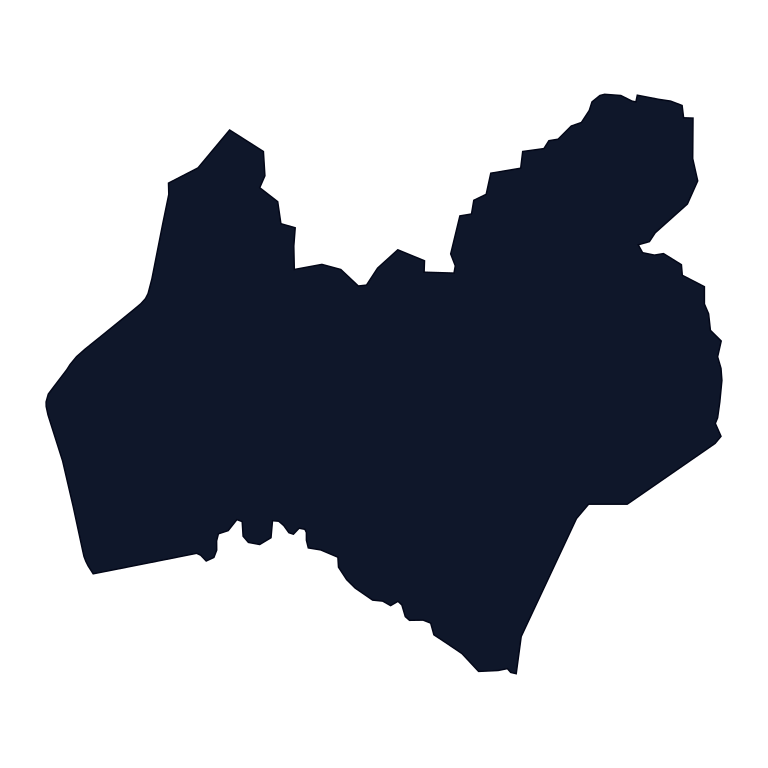 Dolores, Soriano, Uruguay
{"feature_id": "84410073B84851743743013", "entity_name": "Dolores", "entity_type": "district", "adm_level": 2, "iso_a3": "URY", "parent_name": "Uruguay", "parent_adm1": "Soriano", "projection": "robinson", "projection_center": [-58.32, -33.574], "detail": "fine", "context": "isolated", "style": "filled", "palette": "ink", "viewbox_px": 768, "rotation_deg": 0, "n_neighbors": 0, "source": "geoboundaries", "source_scale": "gbopen_adm2", "svg_char_len": 1874}
<svg xmlns="http://www.w3.org/2000/svg" viewBox="0 0 768 768"><path d="M93.2,573.8L140.8,564.4L196.6,553.3L200.7,555.2L206.2,561.0L213.9,557.4L216.7,550.1L216.6,540.9L218.4,533.8L228.2,530.6L236.9,519.6L242.2,521.6L243.1,536.2L248.4,542.4L259.7,544.5L271.0,537.7L272.5,520.7L278.7,521.2L283.8,525.6L288.9,532.7L293.4,534.2L299.1,528.2L304.9,529.3L306.4,532.5L306.4,540.2L308.3,547.9L320.7,549.9L337.9,557.2L338.5,567.2L346.7,579.7L355.2,588.1L372.6,600.1L382.7,601.1L390.6,605.6L398.0,601.3L401.9,605.0L405.3,616.6L409.5,620.3L423.1,620.1L430.7,623.1L433.9,634.8L445.1,642.2L462.0,653.6L478.6,671.4L498.1,670.5L507.4,668.6L510.7,672.4L516.2,673.7L521.2,636.5L576.5,518.5L588.6,504.2L627.2,504.2L715.1,443.4L721.0,436.3L715.3,423.4L717.6,417.8L719.8,402.0L721.9,380.4L721.0,368.4L717.6,356.8L721.2,341.0L710.4,330.3L708.6,313.8L704.4,304.0L704.4,286.7L682.3,275.3L681.4,264.7L663.5,253.6L654.4,255.1L642.6,252.7L638.2,244.8L649.4,241.6L655.2,232.8L687.4,204.0L697.7,180.9L692.7,158.6L693.0,118.1L683.6,117.8L682.1,105.5L670.6,101.1L658.5,99.3L637.3,95.2L635.9,101.9L632.0,101.1L620.8,95.5L604.6,94.3L599.9,95.5L592.0,101.9L589.3,110.4L581.4,122.5L571.3,126.0L558.1,139.2L548.9,140.7L543.9,148.6L522.7,151.5L520.7,168.2L490.8,173.2L486.2,194.3L473.8,200.3L471.5,214.0L459.9,215.9L450.7,253.9L455.3,265.8L454.0,273.1L424.1,272.2L424.5,260.8L397.8,249.8L377.6,268.1L366.5,285.1L358.3,286.0L340.8,269.5L321.9,264.4L294.3,269.5L293.8,246.1L295.2,227.8L280.9,223.7L277.7,201.7L259.7,187.7L264.9,175.8L263.4,151.5L229.6,130.0L198.0,167.9L168.5,183.1L168.8,194.4L162.7,224.0L151.9,278.9L148.1,293.5L145.5,298.6L140.8,303.8L132.4,310.8L102.5,335.1L85.1,349.1L76.6,356.6L70.1,364.5L66.8,369.7L53.7,386.9L48.3,394.1L46.1,401.9L46.2,406.5L48.0,414.9L62.6,460.9L73.3,507.0L82.9,551.6L84.0,556.5L85.8,561.2L88.2,566.0L93.2,573.8Z" fill="#0f172a" stroke="#020617" stroke-width="1.5"/></svg>